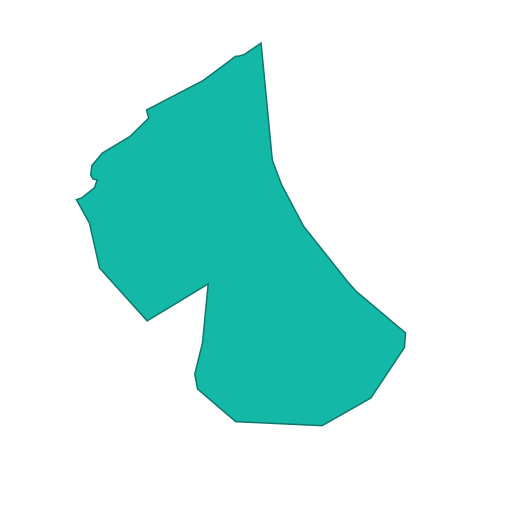 Alexandria, Virginia, United States of America (Equal Earth projection), rotated 233°
{"feature_id": "52423323B39569682722717", "entity_name": "Alexandria", "entity_type": "district", "adm_level": 2, "iso_a3": "USA", "parent_name": "United States of America", "parent_adm1": "Virginia", "projection": "equal_earth", "projection_center": [-77.073, 38.815], "detail": "fine", "context": "isolated", "style": "filled", "palette": "teal", "viewbox_px": 512, "rotation_deg": 233, "n_neighbors": 0, "source": "geoboundaries", "source_scale": "gbopen_adm2", "svg_char_len": 600}
<svg xmlns="http://www.w3.org/2000/svg" viewBox="0 0 512 512"><g transform="rotate(233 256 256)"><path d="M409.1,146.5L382.3,142.7L340.6,123.8L269.7,130.0L262.5,201.0L218.8,161.0L198.6,136.1L185.2,129.4L184.8,129.3L135.9,140.1L80.7,206.7L73.5,262.3L93.6,319.5L104.5,329.1L167.2,314.8L180.0,313.7L251.0,311.9L296.7,319.2L297.5,319.3L322.7,326.7L423.0,388.2L424.0,367.9L426.0,362.5L427.7,360.1L428.0,319.3L438.5,256.4L430.7,253.3L427.3,227.5L430.7,195.4L427.0,179.4L420.2,172.7L415.5,172.2L412.4,174.9L407.7,168.2L407.3,151.3L409.1,146.5Z" fill="#14b8a6" stroke="#0f766e" stroke-width="1.5"/></g></svg>